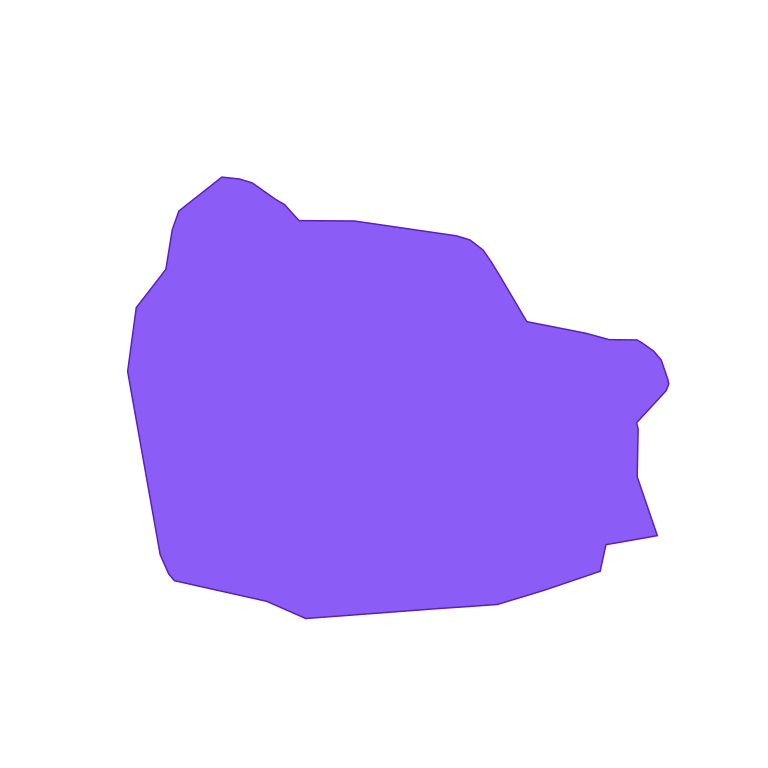 Malvik nor, Sør-Trøndelag, Norway (Albers equal-area conic projection), rotated 160°
{"feature_id": "86288312B32128147413448", "entity_name": "Malvik nor", "entity_type": "district", "adm_level": 2, "iso_a3": "NOR", "parent_name": "Norway", "parent_adm1": "Sør-Trøndelag", "projection": "albers", "projection_center": [10.873, 63.347], "detail": "fine", "context": "isolated", "style": "filled", "palette": "violet", "viewbox_px": 768, "rotation_deg": 160, "n_neighbors": 0, "source": "geoboundaries", "source_scale": "gbopen_adm2", "svg_char_len": 687}
<svg xmlns="http://www.w3.org/2000/svg" viewBox="0 0 768 768"><g transform="rotate(160 384 384)"><path d="M352.8,138.0L303.6,135.4L244.9,134.1L230.4,157.1L179.0,148.0L177.8,210.2L160.5,255.0L159.9,261.2L121.0,281.3L116.3,286.7L115.7,291.5L115.3,311.8L119.4,322.7L127.4,334.3L131.1,338.8L157.3,348.7L176.9,362.6L228.4,393.7L228.8,395.6L238.0,445.1L241.5,462.4L245.1,476.0L253.9,489.9L264.8,498.2L356.3,547.4L408.0,566.6L416.2,586.8L422.8,594.6L439.0,618.0L449.7,626.1L465.6,633.9L517.6,616.7L530.2,601.4L549.8,566.3L590.7,540.5L620.6,483.5L652.7,300.2L651.3,279.3L648.2,270.8L568.4,219.8L537.8,190.4L416.1,156.2L352.8,138.0Z" fill="#8b5cf6" stroke="#5b21b6" stroke-width="1.5"/></g></svg>